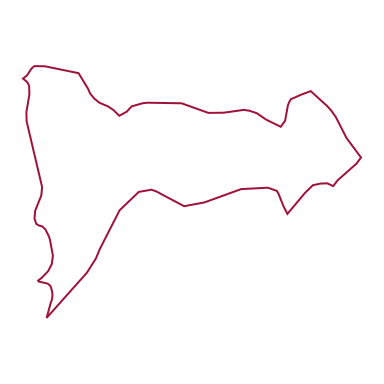 SVG path tracing the border of Madriz
{"feature_id": "NIC-665", "entity_name": "Madriz", "entity_type": "Department", "adm_level": 1, "iso_a3": "NIC", "parent_name": "Nicaragua", "parent_adm1": "", "projection": "robinson", "projection_center": [-86.499, 13.43], "detail": "fine", "context": "isolated", "style": "outline", "palette": "rose", "viewbox_px": 384, "rotation_deg": 0, "n_neighbors": 0, "source": "natural_earth", "source_scale": "10m", "svg_char_len": 1147}
<svg xmlns="http://www.w3.org/2000/svg" viewBox="0 0 384 384"><path d="M38.1,280.6L41.5,278.0L48.1,271.2L51.8,264.0L52.9,255.6L50.0,239.9L49.0,236.6L45.5,229.6L42.4,226.5L39.2,225.6L36.3,223.9L34.5,218.5L35.2,210.6L41.3,195.5L42.1,187.0L26.6,121.3L26.4,112.0L29.4,94.4L29.1,85.7L27.2,82.1L23.0,78.6L27.1,75.3L30.7,69.7L32.2,67.9L34.4,66.1L45.0,66.3L78.6,73.2L88.1,88.9L90.2,93.6L94.4,98.7L99.7,102.9L107.8,106.3L113.3,109.9L119.3,115.8L126.8,111.6L131.6,106.4L142.4,103.3L147.2,102.7L181.6,103.3L208.4,112.9L223.8,112.7L243.7,109.9L249.3,110.7L256.8,113.2L266.1,119.6L280.7,126.8L285.1,120.7L287.9,105.3L289.4,101.7L290.8,99.2L301.4,94.6L310.7,91.1L327.3,106.2L331.2,110.5L335.8,117.0L346.5,138.0L361.0,157.5L356.4,163.7L337.7,180.2L333.2,186.1L327.2,183.3L320.5,183.6L312.9,185.2L305.1,192.8L287.4,213.9L283.6,206.5L278.8,194.5L276.9,190.9L267.9,187.7L241.2,189.1L204.4,202.4L184.1,206.2L163.5,195.3L156.5,191.5L151.5,189.7L138.8,191.9L119.6,210.3L99.9,248.9L95.9,258.5L86.9,272.7L46.6,317.9L50.9,302.3L51.5,301.0L52.2,298.0L52.5,294.7L51.9,290.6L50.5,286.0L47.7,283.6L38.6,281.5L38.1,280.6Z" fill="none" stroke="#9f1239" stroke-width="2"/></svg>